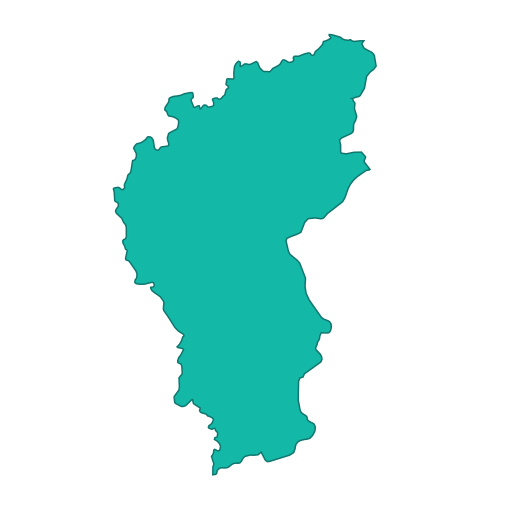 the border of Belgorod, rotated 265°
{"feature_id": "RUS-2370", "entity_name": "Belgorod", "entity_type": "Region", "adm_level": 1, "iso_a3": "RUS", "parent_name": "Russia", "parent_adm1": "", "projection": "orthographic", "projection_center": [37.593, 50.613], "detail": "fine", "context": "isolated", "style": "filled", "palette": "teal", "viewbox_px": 512, "rotation_deg": 265, "n_neighbors": 0, "source": "natural_earth", "source_scale": "10m", "svg_char_len": 6080}
<svg xmlns="http://www.w3.org/2000/svg" viewBox="0 0 512 512"><g transform="rotate(265 256 256)"><path d="M80.7,300.1L78.4,299.9L76.2,299.2L74.1,298.0L72.0,296.4L69.7,293.7L69.1,291.0L69.0,288.0L68.3,284.0L66.9,281.1L65.0,279.5L62.8,278.6L60.5,278.1L56.9,276.4L54.7,272.2L50.2,251.6L50.1,249.4L51.8,247.5L60.2,244.0L57.8,240.7L57.7,237.0L58.2,232.8L57.4,228.0L56.5,226.3L55.3,225.2L52.7,223.5L51.3,221.9L51.1,220.2L51.4,218.2L51.3,215.8L50.4,213.6L48.3,210.6L47.6,208.4L47.6,205.8L48.0,203.7L47.9,201.8L46.6,199.5L45.4,198.6L42.9,197.9L42.0,196.8L41.8,193.9L48.9,194.6L50.8,195.1L51.9,195.7L52.9,195.8L60.2,194.2L62.9,196.3L66.2,197.0L66.8,197.5L67.0,198.0L65.4,200.6L65.2,201.9L65.8,202.8L66.9,203.4L69.6,204.1L72.1,203.3L74.6,201.6L76.9,198.6L78.4,199.0L78.7,199.5L79.0,201.3L79.4,201.6L82.2,202.3L83.6,202.2L85.7,200.5L87.3,200.3L87.8,200.0L88.0,199.2L87.4,197.6L87.3,197.1L87.4,196.5L88.5,194.2L89.6,193.6L91.1,194.3L92.2,196.3L93.3,197.5L96.0,199.1L97.3,199.3L98.6,198.3L100.4,195.4L100.8,194.0L102.9,192.5L104.5,188.2L105.3,187.0L107.0,186.3L109.3,187.3L114.1,181.2L115.0,180.7L118.4,180.3L118.5,179.6L113.3,173.2L112.7,171.8L112.4,169.6L113.0,167.8L116.4,162.7L117.2,162.3L122.1,162.1L123.2,162.3L129.3,167.6L132.6,168.3L141.4,168.7L144.7,171.9L145.9,172.3L152.0,172.5L153.7,172.2L154.9,171.8L156.4,169.1L156.9,168.8L158.7,168.9L161.6,170.2L164.2,172.6L169.2,175.7L170.3,174.5L171.8,169.7L172.5,169.5L174.7,172.1L178.2,174.5L180.8,175.5L181.8,176.1L182.3,177.0L183.5,177.3L184.2,177.0L188.0,172.1L191.9,169.0L203.1,163.2L209.7,159.4L211.5,159.1L217.6,160.2L219.5,159.7L223.9,157.0L228.7,151.2L230.8,149.2L233.1,148.3L233.8,148.3L234.1,148.6L234.0,150.6L234.2,151.1L235.0,151.9L236.1,152.1L238.3,151.6L238.9,150.0L237.7,142.9L237.9,138.7L238.2,136.6L238.9,134.4L239.7,133.3L240.5,133.0L242.8,133.6L244.1,134.9L245.2,135.4L248.5,135.9L251.5,135.1L261.4,129.5L262.5,128.4L263.5,126.1L264.2,125.9L265.3,125.9L272.5,128.2L273.1,128.1L274.1,126.7L274.7,126.5L277.4,126.0L280.2,124.7L282.1,124.5L283.0,124.7L283.8,125.5L284.5,127.5L286.6,128.5L295.7,129.3L298.6,128.7L301.1,127.0L305.2,125.6L310.6,120.7L311.6,120.3L312.7,120.0L313.6,120.2L314.6,120.7L317.1,122.8L318.6,123.4L320.3,123.3L321.0,122.9L321.6,122.3L322.5,120.6L323.6,120.1L332.5,120.3L335.2,119.8L335.7,120.0L336.1,120.9L336.4,123.6L336.3,124.9L335.8,126.0L334.2,127.5L333.9,128.0L333.7,129.1L335.5,131.2L337.9,131.0L339.2,131.4L344.2,134.3L347.3,135.2L348.5,136.2L349.6,137.9L352.2,139.0L361.8,141.4L362.0,142.7L362.8,144.1L364.5,145.1L366.5,145.6L368.4,145.7L374.0,143.5L375.4,144.2L377.5,146.1L378.2,147.1L378.8,151.0L379.5,152.6L381.7,156.3L383.9,158.1L384.2,159.2L383.9,160.7L383.6,161.4L383.0,162.2L381.5,163.2L379.8,163.8L373.0,164.2L371.5,164.8L370.3,166.0L369.9,167.6L370.2,168.3L372.6,170.5L373.0,172.2L373.1,176.0L373.3,177.8L373.5,178.3L374.0,178.6L376.1,178.8L379.0,178.1L381.4,178.0L385.3,179.5L386.0,180.1L386.5,181.1L389.2,187.7L389.8,188.7L393.0,190.0L397.0,190.7L398.6,190.2L400.6,187.9L402.1,185.0L402.8,182.2L403.3,181.1L405.0,180.3L407.1,179.9L408.6,178.8L409.5,177.8L412.1,178.5L416.6,182.1L417.7,182.7L420.0,183.0L421.1,183.9L422.2,187.6L422.3,191.7L422.7,195.2L423.9,198.8L424.5,205.0L424.3,206.7L423.4,207.3L419.8,207.4L418.7,206.4L418.1,205.3L416.9,204.8L409.9,206.9L409.5,207.2L409.4,208.0L409.7,209.1L410.5,210.9L410.7,211.9L410.5,212.6L407.3,213.2L408.0,214.5L410.5,216.6L410.9,217.5L410.9,218.2L410.5,219.5L408.5,221.3L408.4,221.9L408.9,225.8L409.8,226.8L411.3,227.1L412.9,227.1L415.5,226.3L416.3,226.7L416.8,228.3L416.9,230.3L416.6,231.4L415.8,232.1L415.5,232.6L415.4,233.8L416.2,235.3L418.0,237.1L419.1,238.9L424.1,240.7L424.7,241.2L425.7,242.9L426.6,243.3L427.6,243.0L429.3,241.2L429.8,241.1L434.4,242.3L434.9,242.7L435.0,243.5L434.3,248.5L434.5,249.1L435.2,249.6L440.7,249.9L446.6,251.1L449.3,252.7L451.6,255.4L450.8,256.8L450.4,257.1L449.1,257.3L446.7,256.7L446.3,256.9L446.2,257.6L446.7,258.9L448.3,261.3L448.3,262.1L448.1,263.5L447.4,265.3L447.4,266.4L447.5,267.3L449.7,273.1L448.6,274.4L443.2,276.1L439.5,279.1L439.1,280.1L438.8,283.1L438.4,285.0L438.4,285.7L439.8,287.6L441.3,288.9L443.7,294.6L444.5,295.9L445.1,296.8L447.2,298.2L448.9,299.7L449.0,300.4L448.8,301.3L447.9,303.0L446.4,304.8L445.9,306.1L446.3,309.3L447.9,310.8L449.4,310.4L450.6,310.5L451.5,311.4L451.6,312.2L451.3,315.8L453.2,322.4L453.7,325.9L453.5,327.2L453.1,327.6L451.3,328.8L450.9,330.1L451.1,330.8L451.5,331.4L454.5,332.9L457.0,336.6L460.9,340.7L463.8,341.9L464.4,345.0L466.3,349.3L467.0,349.6L469.3,348.1L470.2,348.2L470.1,349.5L469.5,351.7L466.8,358.7L466.0,359.9L464.8,360.9L464.2,361.9L463.5,363.6L462.8,367.0L463.3,368.5L463.2,369.0L461.5,371.0L461.2,373.1L461.3,378.7L461.0,382.2L458.2,379.9L454.0,381.5L452.2,383.7L448.9,389.0L446.8,390.8L445.0,391.4L434.6,392.2L431.7,389.4L428.9,385.3L425.2,381.8L413.7,378.7L407.1,374.0L406.4,373.3L405.8,371.8L405.4,369.1L404.5,365.8L404.5,365.4L404.2,365.8L401.6,366.7L399.6,367.9L394.2,366.9L386.3,368.5L382.4,367.0L379.8,365.3L377.9,364.6L373.1,364.1L370.9,363.2L369.6,361.2L366.2,351.6L364.6,349.7L362.6,349.4L359.6,350.0L352.7,349.4L351.0,349.9L349.9,354.9L350.8,362.8L350.3,370.1L345.2,373.8L344.0,373.5L342.0,372.2L340.8,372.0L339.5,372.5L332.3,377.1L331.8,376.1L331.7,373.5L329.9,370.1L326.3,363.9L323.0,359.7L319.3,356.3L315.0,353.6L306.4,349.7L302.5,347.0L292.1,330.9L288.3,327.0L287.6,325.8L287.4,324.0L288.8,318.2L288.6,311.1L285.2,307.4L275.7,302.8L273.9,298.3L272.5,292.8L270.9,288.4L268.7,287.2L257.9,288.7L254.7,290.0L248.4,296.4L245.2,298.9L229.5,303.4L221.7,302.2L214.6,302.6L207.5,305.2L189.5,315.6L188.1,316.9L187.0,318.4L185.2,322.1L184.3,323.4L182.2,324.7L179.8,325.0L177.3,324.5L174.9,323.6L173.4,322.3L173.1,320.8L173.6,315.4L173.9,314.7L173.7,314.2L171.1,312.7L167.6,311.9L164.7,309.7L162.3,309.1L160.1,307.8L159.0,307.4L157.7,307.4L152.4,311.6L149.8,312.6L147.3,312.7L144.8,311.4L134.4,293.9L131.3,292.3L130.6,289.1L127.6,287.5L108.9,285.5L98.7,286.5L96.8,287.1L95.2,288.3L93.0,291.2L91.8,292.5L90.8,292.8L88.7,292.9L87.8,293.3L86.0,295.4L84.8,297.6L83.3,299.3L80.7,300.1Z" fill="#14b8a6" stroke="#0f766e" stroke-width="1.5"/></g></svg>